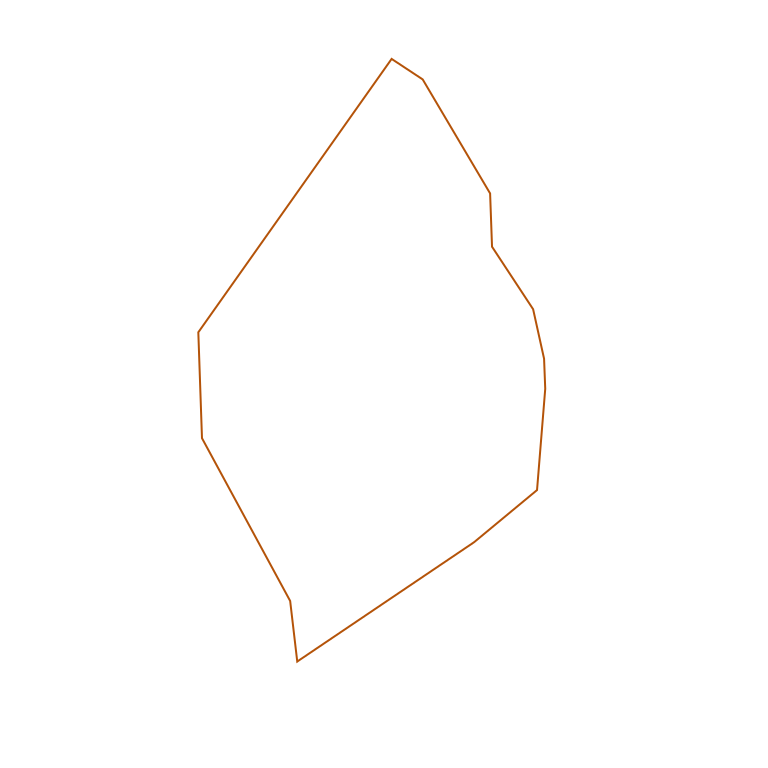 the Municipality of Rogatec, rotated 121°
{"feature_id": "SVN-983", "entity_name": "Rogatec", "entity_type": "Municipality", "adm_level": 1, "iso_a3": "SVN", "parent_name": "Slovenia", "parent_adm1": "", "projection": "orthographic", "projection_center": [15.736, 46.238], "detail": "fine", "context": "isolated", "style": "outline", "palette": "amber", "viewbox_px": 768, "rotation_deg": 121, "n_neighbors": 0, "source": "natural_earth", "source_scale": "10m", "svg_char_len": 358}
<svg xmlns="http://www.w3.org/2000/svg" viewBox="0 0 768 768"><g transform="rotate(121 384 384)"><path d="M666.6,315.4L618.3,352.7L524.2,512.1L435.3,569.8L101.4,544.9L101.5,543.3L103.0,507.7L166.0,391.2L210.7,362.1L243.1,294.7L279.9,259.8L305.1,243.3L396.1,198.2L473.2,225.3L663.7,314.1L666.6,315.4Z" fill="none" stroke="#b45309" stroke-width="2"/></g></svg>